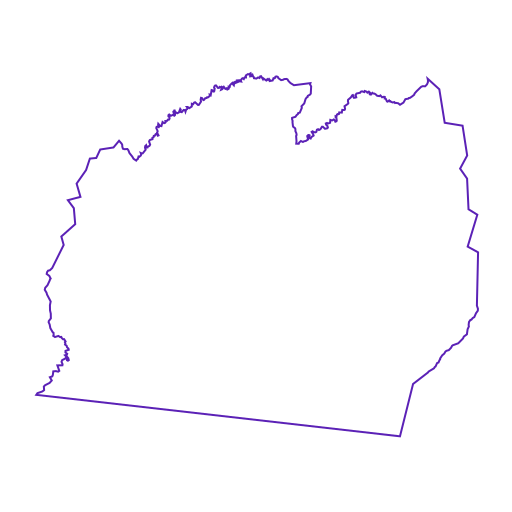 Tarauacá, Acre, Brazil, rotated 179°
{"feature_id": "56859067B77196196599270", "entity_name": "Tarauacá", "entity_type": "district", "adm_level": 2, "iso_a3": "BRA", "parent_name": "Brazil", "parent_adm1": "Acre", "projection": "robinson", "projection_center": [-71.381, -8.261], "detail": "fine", "context": "isolated", "style": "outline", "palette": "violet", "viewbox_px": 512, "rotation_deg": 179, "n_neighbors": 0, "source": "geoboundaries", "source_scale": "gbopen_adm2", "svg_char_len": 6107}
<svg xmlns="http://www.w3.org/2000/svg" viewBox="0 0 512 512"><g transform="rotate(179 256 256)"><path d="M33.9,255.8L44.2,261.7L34.0,293.4L42.7,299.0L43.6,329.7L50.4,339.8L43.1,352.8L47.2,382.7L65.0,385.9L69.8,419.5L81.3,430.3L81.0,428.7L81.1,426.7L82.0,424.7L83.1,423.5L84.0,422.7L86.3,422.9L87.9,422.3L92.6,417.9L94.6,415.7L95.0,414.5L96.9,413.0L99.3,411.4L100.4,411.3L100.9,410.7L103.9,410.2L105.9,406.8L109.4,404.7L111.1,406.2L113.6,406.7L114.3,406.5L115.1,407.5L116.5,407.1L118.4,407.8L118.9,408.5L119.7,408.3L120.2,409.2L121.7,408.0L122.4,408.3L123.5,410.9L124.6,411.2L124.4,412.7L125.3,413.0L127.2,412.5L128.8,414.4L129.9,413.7L132.1,414.1L133.7,415.7L135.0,416.4L136.2,416.4L136.8,417.1L137.7,416.4L138.3,415.4L139.3,415.6L139.7,416.3L139.3,417.4L140.3,418.4L141.8,417.4L142.6,418.4L144.4,419.1L144.9,418.0L147.1,418.8L148.4,418.4L149.0,417.4L152.6,416.7L153.6,415.5L153.0,412.9L154.4,412.5L155.4,412.5L155.9,413.4L155.7,414.4L156.3,415.3L157.0,415.0L158.4,412.9L161.2,410.6L161.4,409.3L161.0,407.2L161.6,406.4L164.9,404.2L164.4,401.8L164.6,400.8L165.4,400.4L167.2,400.6L167.7,397.9L170.3,398.1L170.5,396.6L171.2,396.3L171.9,396.5L172.6,396.0L173.1,394.1L174.0,394.4L174.0,393.4L173.2,392.7L172.9,390.1L173.2,389.3L174.3,388.9L174.9,390.3L175.8,391.2L177.5,390.2L179.3,390.8L179.6,387.9L181.7,387.2L182.7,387.8L183.9,387.3L183.6,386.1L182.2,384.6L181.9,383.1L182.6,382.4L184.8,382.0L186.9,384.1L187.8,384.1L189.1,382.0L190.2,381.1L190.9,380.9L191.7,381.7L192.9,381.2L193.5,379.1L194.3,378.6L195.5,378.7L197.3,379.7L198.2,379.1L196.7,376.7L196.3,375.4L198.6,373.9L199.3,372.5L200.3,373.0L200.8,374.6L200.3,375.7L201.0,376.1L201.7,376.0L202.7,375.0L201.9,371.6L204.1,370.2L206.1,369.8L207.1,369.2L209.1,370.2L210.9,368.6L211.3,367.5L213.8,367.6L213.5,370.1L213.8,375.3L213.3,376.3L213.5,378.0L214.4,380.1L214.4,382.3L214.9,383.3L216.5,384.5L216.8,385.3L217.2,389.5L217.0,390.3L217.6,392.3L217.5,393.5L214.1,394.5L213.0,396.1L211.6,397.2L211.4,398.1L209.7,398.6L207.6,403.3L207.9,404.9L205.1,407.7L203.7,412.1L202.5,413.7L201.7,414.0L201.4,415.2L199.2,416.4L198.4,417.4L197.9,424.6L199.0,426.7L198.6,427.9L215.1,426.1L218.5,428.3L220.5,430.4L221.4,432.0L222.3,432.5L224.7,432.4L225.9,431.7L227.8,431.4L230.5,433.4L231.0,434.6L231.7,435.0L232.6,435.2L233.5,434.9L233.7,433.9L234.4,433.3L235.4,433.5L236.3,431.2L239.1,430.7L239.1,431.8L239.9,432.8L240.9,431.8L241.6,432.6L242.7,431.3L245.6,433.5L246.0,432.6L247.8,435.7L248.7,435.5L249.4,433.9L250.8,434.5L252.5,433.4L254.9,433.8L255.0,434.8L255.7,435.4L256.3,437.1L257.2,435.9L258.7,435.7L258.7,436.8L258.0,438.0L258.2,438.8L260.1,437.7L260.9,438.0L263.0,436.7L262.9,434.7L264.2,434.8L265.1,433.1L266.1,434.0L267.0,433.6L268.2,431.7L267.8,430.7L269.4,431.0L269.5,432.0L271.6,431.9L270.8,430.4L273.1,429.5L273.1,430.8L274.0,430.5L274.7,429.9L275.2,427.1L276.0,428.0L276.4,429.6L277.0,429.2L278.8,427.5L279.3,426.6L279.2,425.6L279.7,425.0L280.4,425.5L280.5,423.6L281.5,423.1L281.6,424.3L282.4,424.3L282.9,423.6L283.7,423.6L285.2,425.7L286.8,423.4L287.9,422.9L286.9,425.6L287.5,425.9L288.4,425.2L289.4,425.7L290.1,424.7L291.1,424.7L292.9,427.2L293.8,427.2L294.6,426.4L295.0,425.0L294.4,424.2L294.8,421.7L295.3,421.1L296.0,421.3L296.5,422.4L297.5,422.7L298.5,417.5L299.5,418.1L299.4,416.9L301.1,415.5L302.1,415.6L302.6,414.8L304.0,414.7L305.1,413.1L305.9,412.8L307.2,414.8L308.2,415.1L308.6,413.3L308.3,411.3L310.5,408.1L311.3,408.0L314.2,410.8L315.1,410.5L316.3,408.8L317.5,409.3L317.6,406.6L320.1,405.0L321.7,406.2L322.5,406.2L321.8,405.2L322.3,404.1L323.3,403.6L324.0,401.5L324.5,403.1L325.8,403.3L327.7,401.1L328.9,401.4L329.1,402.5L328.7,403.7L329.2,404.4L330.6,400.9L332.2,400.1L334.4,401.6L335.0,403.7L335.2,402.5L336.1,401.8L335.9,400.6L334.4,399.2L334.6,398.2L335.3,397.7L336.1,398.8L338.6,397.7L340.3,399.0L341.1,398.3L341.1,397.1L340.2,396.4L340.0,394.9L340.6,393.9L341.7,393.9L342.4,392.8L344.3,392.5L344.0,391.4L344.6,390.7L345.6,390.4L347.1,391.6L348.3,387.5L349.6,387.8L351.4,389.9L351.6,388.8L350.4,387.4L351.0,386.5L352.1,387.1L353.1,386.9L353.5,385.7L352.3,383.0L352.2,382.1L352.8,381.1L351.4,378.3L352.1,378.0L353.1,379.9L354.2,379.6L355.1,378.0L356.1,377.9L356.4,376.5L357.5,376.0L357.5,374.6L360.0,373.9L360.5,373.3L360.9,372.3L359.9,369.2L360.6,368.0L362.2,367.1L362.9,367.4L362.8,366.4L363.8,366.3L364.0,368.6L364.8,367.9L365.1,366.3L364.5,364.2L367.5,360.6L368.3,360.5L369.4,361.0L369.0,359.9L369.4,358.5L371.0,357.2L371.7,357.5L372.5,355.0L373.4,354.5L374.1,353.5L376.7,355.3L378.0,357.6L380.7,361.1L381.8,364.0L382.7,365.2L385.8,365.1L387.2,365.6L387.8,367.8L387.8,369.4L388.4,370.7L390.9,373.6L396.6,367.0L409.9,365.2L414.0,356.8L420.4,356.3L424.4,344.9L434.1,331.5L430.5,318.2L443.1,315.1L437.3,307.0L436.2,291.0L450.3,278.9L448.1,270.4L460.0,247.5L462.4,245.3L464.1,245.0L465.2,243.5L465.6,241.7L463.0,239.7L461.7,237.0L462.4,236.3L462.6,235.3L465.0,230.4L467.3,227.9L467.8,225.9L466.1,223.0L465.6,221.1L462.1,214.1L462.9,210.4L462.9,205.3L462.2,201.9L462.2,197.2L464.3,194.6L464.5,193.4L463.5,191.1L462.9,187.5L460.6,183.3L459.8,182.8L459.7,180.6L460.1,179.7L458.4,178.5L455.0,179.5L453.3,178.4L452.1,178.5L451.7,177.4L450.3,176.1L449.3,176.2L447.9,173.9L448.6,173.2L448.1,172.0L448.5,170.8L446.9,169.6L446.6,168.2L445.1,166.6L444.9,165.5L448.1,164.5L448.2,162.9L446.5,161.5L446.9,160.6L448.7,160.1L447.9,159.2L446.9,158.9L445.5,157.1L445.0,155.2L445.9,154.6L446.8,155.1L447.1,157.3L447.8,157.7L448.7,156.7L451.6,155.3L452.3,153.6L451.3,151.2L451.5,150.1L456.5,150.1L454.7,144.6L455.8,143.8L458.1,144.4L460.7,144.2L461.2,140.6L461.8,139.2L464.2,138.4L462.4,135.1L464.6,132.7L469.1,130.5L470.4,129.2L470.2,125.6L470.8,125.1L472.2,124.2L476.9,122.7L478.1,121.0L115.2,73.2L101.2,125.3L86.0,136.6L85.5,137.4L80.0,140.6L79.2,141.9L78.4,142.4L76.8,145.8L75.4,146.3L74.4,148.6L73.7,149.4L73.7,150.3L71.6,153.4L69.5,155.1L68.3,157.1L67.2,157.9L64.9,158.5L62.6,160.8L61.5,162.8L60.8,163.3L55.3,165.2L50.5,169.9L49.6,171.8L46.5,174.0L45.7,179.1L44.4,181.8L44.6,183.4L44.2,186.3L42.7,188.4L41.8,188.5L40.4,190.2L38.8,191.1L37.0,195.0L35.2,197.4L35.0,199.3L36.0,202.5L33.9,255.8Z" fill="none" stroke="#5b21b6" stroke-width="2"/></g></svg>